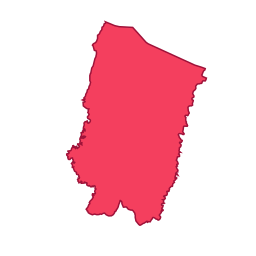 the district of Worodougou, Worodougou, Ivory Coast, rotated 204°
{"feature_id": "98640826B81277132888560", "entity_name": "Worodougou", "entity_type": "district", "adm_level": 2, "iso_a3": "CIV", "parent_name": "Ivory Coast", "parent_adm1": "Worodougou", "projection": "mercator", "projection_center": [-6.759, 8.427], "detail": "fine", "context": "isolated", "style": "filled", "palette": "rose", "viewbox_px": 256, "rotation_deg": 204, "n_neighbors": 0, "source": "geoboundaries", "source_scale": "gbopen_adm2", "svg_char_len": 5678}
<svg xmlns="http://www.w3.org/2000/svg" viewBox="0 0 256 256"><g transform="rotate(204 128 128)"><path d="M83.2,187.6L83.1,188.6L82.4,189.9L82.1,191.3L82.1,191.8L83.2,193.7L82.7,196.0L81.9,196.9L81.0,197.2L80.3,197.9L79.1,198.6L78.8,199.2L79.0,200.5L78.6,201.7L76.6,202.4L76.4,203.8L76.7,205.5L77.8,205.3L78.2,205.5L80.2,205.4L81.2,205.6L82.0,206.3L82.2,206.9L82.0,207.5L82.2,208.8L82.1,211.2L81.4,212.3L81.6,213.7L85.9,213.4L92.6,212.6L143.7,213.1L146.3,213.6L164.6,221.8L177.2,217.0L181.7,216.1L191.8,215.8L191.2,215.3L191.1,214.6L192.1,213.6L191.8,211.2L192.1,210.3L192.7,209.5L192.0,207.5L192.0,206.4L192.5,205.1L192.4,202.4L193.5,200.3L192.2,197.4L192.0,194.7L192.3,192.9L193.9,190.8L194.2,189.2L193.2,188.7L190.4,185.3L189.7,185.3L189.1,185.6L188.5,185.5L187.4,184.0L186.8,182.4L186.7,181.5L186.3,180.1L186.4,177.8L185.1,170.6L185.5,168.0L184.3,162.9L184.5,162.6L184.2,160.4L182.1,155.7L180.8,154.6L180.3,151.8L180.5,150.2L179.9,147.8L180.6,146.3L180.1,144.0L180.3,141.7L179.8,139.6L180.5,137.5L179.5,137.3L179.1,136.9L179.2,136.4L180.1,136.1L181.0,135.1L179.2,135.2L178.0,134.6L178.1,134.1L179.5,133.2L177.8,130.0L174.8,129.2L173.0,129.0L171.5,129.5L171.5,127.8L171.0,126.9L171.1,125.9L169.1,124.7L169.2,122.9L169.6,122.0L169.5,121.4L168.7,120.5L165.9,120.1L165.5,119.8L165.1,118.5L165.2,118.0L165.8,117.3L165.8,116.5L166.7,116.2L167.3,116.6L167.8,117.7L168.2,117.9L168.9,116.6L169.7,116.4L170.2,114.6L169.2,112.9L169.0,110.6L168.3,108.6L167.6,108.6L167.2,109.4L166.4,108.7L166.1,107.9L167.0,107.7L168.3,106.9L168.3,106.5L167.4,106.1L167.2,105.7L168.9,104.6L167.5,102.5L167.7,101.2L167.6,100.7L166.8,100.7L165.2,102.6L164.1,102.9L163.4,102.8L163.7,101.5L164.5,101.2L164.7,100.4L165.4,100.4L165.9,100.0L167.4,99.6L167.7,99.3L167.3,97.9L166.2,96.8L166.2,95.6L165.9,95.0L164.8,94.7L164.4,95.1L164.4,95.7L164.2,95.8L163.9,94.7L163.4,93.9L165.2,94.1L166.4,93.4L167.3,93.2L167.5,92.9L167.2,92.3L165.1,91.7L164.9,91.4L165.0,90.4L165.4,90.1L165.8,88.8L166.8,88.9L166.7,89.7L167.4,90.2L167.7,89.1L167.7,88.0L168.2,88.2L168.8,89.5L169.9,89.3L170.8,89.7L171.2,89.3L170.8,88.5L169.5,88.5L169.5,88.3L171.0,87.7L171.2,86.3L170.9,85.0L171.2,83.9L173.5,82.5L173.3,82.1L171.9,81.6L171.7,81.2L172.0,80.2L173.2,79.7L173.4,79.2L172.9,78.3L170.9,77.3L171.0,76.5L169.9,75.3L169.3,75.2L168.5,75.5L168.2,75.7L167.9,77.1L166.8,78.0L166.5,78.0L165.9,77.0L165.1,76.7L165.1,76.2L164.4,75.7L164.0,74.8L162.7,74.9L162.7,74.2L163.2,73.9L164.7,74.6L165.2,72.5L164.4,72.2L163.6,71.5L162.9,69.5L161.8,70.2L161.7,69.2L159.3,66.9L157.0,66.5L156.7,65.5L156.0,64.8L154.5,65.2L154.1,64.7L153.7,64.6L153.2,63.6L152.6,63.5L152.1,62.8L152.1,62.2L153.1,61.9L152.8,61.1L153.1,60.3L152.3,59.8L152.0,59.0L150.9,58.6L150.6,58.0L149.3,59.0L149.2,60.3L148.4,60.1L148.6,59.0L148.2,58.5L145.7,59.8L145.2,60.3L145.7,60.9L145.6,61.0L145.0,61.0L144.5,60.6L143.5,61.2L142.9,60.9L142.9,60.0L142.4,59.2L140.7,58.9L139.9,59.7L139.6,59.7L139.0,59.3L138.0,59.1L137.0,59.7L137.2,60.3L136.7,60.6L135.9,60.3L135.5,61.5L134.3,61.4L133.5,59.4L132.5,59.2L132.9,57.9L132.5,56.3L131.3,55.3L131.5,54.3L132.2,54.2L132.9,53.4L133.4,53.6L133.6,53.5L133.4,53.0L133.0,52.7L131.9,52.5L132.3,51.6L132.7,51.6L131.9,50.9L131.5,50.2L131.9,49.6L131.8,48.5L132.9,45.6L133.0,44.1L132.4,43.9L132.1,43.3L132.6,42.1L132.5,39.4L133.2,36.8L132.0,36.2L131.7,35.7L131.1,35.8L129.9,34.5L128.3,34.2L125.3,34.2L123.5,35.8L121.3,36.1L119.3,37.1L118.5,38.1L117.1,38.4L116.0,39.9L114.7,40.7L112.7,39.9L111.0,39.8L109.7,39.9L107.4,41.1L106.2,42.9L105.8,45.2L106.1,45.9L105.8,46.6L105.4,46.8L105.2,47.8L105.4,48.8L105.0,49.6L104.9,52.1L105.3,54.3L105.4,57.2L105.7,58.0L105.6,58.6L104.7,58.5L103.4,57.8L102.8,56.4L100.0,53.8L97.6,55.1L96.5,55.0L95.8,54.3L94.3,53.9L91.8,54.2L90.9,54.7L90.0,54.6L87.1,52.9L86.5,51.9L86.0,51.5L85.0,49.2L82.9,46.3L79.0,44.3L77.8,44.0L77.3,44.2L76.3,45.4L75.6,46.7L74.5,47.7L72.8,50.5L72.3,50.5L72.1,49.8L71.9,49.7L71.0,50.9L69.6,51.3L69.3,53.9L69.0,54.5L69.0,56.0L68.7,56.5L67.2,56.7L65.4,56.2L64.2,56.5L63.0,56.1L62.1,57.0L61.8,58.0L61.8,59.4L62.3,60.3L63.6,60.8L64.0,61.3L63.2,64.4L63.9,65.5L63.7,66.8L63.3,66.7L63.0,66.0L62.4,67.0L62.8,67.6L64.3,68.1L64.4,69.3L64.1,70.0L64.4,71.4L65.9,71.2L66.2,71.5L66.3,72.2L66.0,72.9L64.5,73.6L64.2,74.1L64.9,74.2L65.5,74.6L65.8,76.2L66.6,76.7L66.9,76.7L65.5,77.9L65.3,78.8L66.2,79.9L67.3,79.9L67.6,80.2L66.9,81.1L66.3,81.4L65.9,81.7L65.9,82.0L65.3,82.3L65.3,83.8L66.6,85.8L65.8,86.2L65.7,86.6L65.1,86.5L64.9,86.7L65.1,88.3L65.2,88.9L65.6,89.2L65.6,90.1L64.6,92.5L63.8,92.7L63.7,92.9L64.4,95.3L63.5,97.2L64.2,97.7L64.5,98.5L63.7,99.7L63.8,100.5L63.0,101.5L63.3,102.1L63.5,101.4L64.6,101.3L64.8,101.5L64.7,102.2L65.2,102.7L65.4,105.0L64.8,105.4L63.5,105.3L65.0,106.4L64.6,105.9L65.4,105.5L65.8,105.6L65.8,106.8L65.2,107.9L64.7,108.2L65.2,109.0L65.1,109.5L65.6,110.1L66.8,110.7L68.2,112.4L67.4,113.3L68.5,114.1L68.6,114.6L67.6,115.5L67.9,116.1L69.3,117.5L70.8,118.3L70.7,119.1L71.1,121.8L69.8,122.5L69.4,123.0L70.0,124.4L71.2,124.8L71.0,125.6L71.3,126.9L70.3,127.2L71.7,127.6L72.2,128.1L72.4,129.4L73.0,130.7L72.3,132.4L72.5,134.0L73.1,134.5L74.9,135.4L75.0,135.9L74.8,136.2L73.5,136.6L73.2,137.6L73.4,138.7L75.1,138.8L75.6,139.5L77.2,140.2L78.4,141.6L79.3,142.2L79.2,143.4L78.7,143.9L76.6,144.5L75.1,144.4L74.4,144.8L74.3,145.5L76.6,147.0L76.8,148.5L77.8,151.8L77.7,152.3L77.3,152.6L74.6,153.7L74.5,154.3L75.8,155.6L76.9,156.2L77.0,157.2L77.9,157.8L79.0,159.7L79.3,161.1L80.5,161.6L80.8,162.4L80.5,163.0L79.9,163.4L78.5,163.6L78.3,164.1L78.4,165.5L78.1,166.2L78.4,166.9L79.8,168.1L81.7,171.3L81.0,173.1L79.0,174.1L78.3,175.1L79.2,176.7L79.4,179.2L79.6,179.8L80.9,179.9L81.6,181.1L81.5,181.6L80.5,182.9L80.7,184.0L82.9,185.7L83.2,187.6Z" fill="#f43f5e" stroke="#9f1239" stroke-width="1.5"/></g></svg>